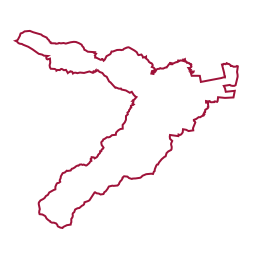 the district of Gurghiu, Mures, Romania, rotated 179°
{"feature_id": "2599482B77375786241858", "entity_name": "Gurghiu", "entity_type": "district", "adm_level": 2, "iso_a3": "ROU", "parent_name": "Romania", "parent_adm1": "Mures", "projection": "natural_earth1", "projection_center": [24.887, 46.798], "detail": "fine", "context": "isolated", "style": "outline", "palette": "rose", "viewbox_px": 256, "rotation_deg": 179, "n_neighbors": 0, "source": "geoboundaries", "source_scale": "gbopen_adm2", "svg_char_len": 5867}
<svg xmlns="http://www.w3.org/2000/svg" viewBox="0 0 256 256"><g transform="rotate(179 128 128)"><path d="M238.9,217.1L237.3,216.3L236.7,215.4L235.7,214.6L234.4,214.1L232.7,213.9L231.2,213.0L226.4,211.0L222.1,208.3L215.9,203.7L212.6,202.9L210.8,201.8L206.9,201.4L208.3,200.6L208.5,199.9L208.3,198.8L207.9,198.3L207.3,198.0L204.8,198.7L204.6,194.6L205.3,192.1L205.0,190.0L204.2,188.6L200.2,188.3L198.6,187.3L198.5,186.6L197.3,187.3L195.2,187.1L194.2,188.0L193.2,188.2L191.0,186.9L189.0,187.2L187.2,184.0L186.6,184.6L184.9,185.2L184.6,185.7L182.9,185.2L182.1,183.5L181.5,184.1L179.2,184.2L177.7,183.7L175.1,184.3L171.0,183.8L165.6,185.2L162.5,183.9L161.7,185.0L161.2,184.2L159.2,186.2L159.1,185.2L157.2,186.3L155.5,184.6L152.7,183.5L150.7,180.8L148.4,179.6L146.1,174.9L144.7,173.9L140.0,168.5L139.6,168.8L136.4,167.5L134.3,167.5L133.9,166.6L129.5,165.6L125.6,163.2L123.6,164.1L121.7,161.0L119.9,159.2L119.0,158.8L121.3,156.2L122.4,155.8L122.8,155.3L122.2,155.4L122.1,154.0L123.0,152.4L121.8,151.5L122.6,150.9L124.2,150.5L124.7,150.1L124.7,149.2L124.4,148.4L125.3,147.9L125.8,146.6L126.6,145.9L126.7,144.7L128.3,143.4L127.9,141.7L129.8,140.0L129.9,136.3L131.1,133.7L133.3,131.2L133.3,127.4L135.6,127.1L137.7,125.9L139.7,124.0L140.1,123.1L140.3,121.4L144.1,121.1L146.2,119.4L147.6,119.0L149.1,119.2L151.6,117.5L152.9,117.0L153.5,115.6L154.6,114.8L155.0,113.8L154.6,111.5L152.8,108.8L153.3,107.8L154.3,107.2L154.9,106.4L155.0,105.4L155.5,105.0L156.2,105.2L156.6,103.3L158.3,101.8L158.5,101.0L159.7,99.4L161.3,98.5L161.8,98.7L162.0,98.4L162.7,99.2L164.9,99.5L165.2,98.1L165.8,97.8L165.8,96.8L165.4,96.5L165.6,96.1L165.3,95.7L166.5,94.9L167.3,93.6L169.8,91.5L170.6,91.2L172.9,92.2L174.1,91.9L175.3,92.4L177.1,92.2L178.1,91.2L179.2,91.3L181.1,90.3L181.6,89.7L183.7,88.5L184.9,88.2L186.1,86.5L189.2,86.1L189.9,86.4L192.0,84.6L194.1,84.0L196.0,80.8L196.2,79.1L197.2,77.0L196.7,75.4L198.1,74.4L199.7,74.1L200.4,73.3L201.6,70.6L201.7,67.9L203.4,67.3L207.9,64.9L209.2,62.6L211.4,61.3L212.4,59.7L213.8,58.6L216.8,57.1L218.4,55.1L218.6,53.7L217.6,48.4L218.1,46.8L218.3,45.0L217.9,43.4L215.1,43.0L212.8,41.7L212.1,41.1L211.0,38.9L208.9,37.0L207.6,36.3L207.3,35.5L205.7,34.7L203.6,34.6L201.5,33.8L200.4,32.4L199.9,30.9L197.4,29.6L195.2,29.2L194.4,30.2L190.8,31.9L187.0,32.4L186.8,33.6L186.3,34.9L186.3,38.0L185.1,39.7L184.7,41.2L184.9,42.9L184.5,43.8L183.2,44.9L182.3,47.4L180.0,48.6L178.0,48.9L175.5,51.0L173.9,51.8L173.2,52.7L172.8,54.5L169.3,55.6L167.8,56.4L162.5,64.2L162.0,64.3L160.6,63.3L158.2,62.9L156.6,62.0L153.7,62.4L152.7,64.3L151.4,65.1L149.5,67.5L148.2,69.8L144.8,70.6L143.3,70.4L139.4,70.7L138.0,72.1L137.6,73.3L136.5,75.0L135.6,75.7L134.2,78.0L134.3,78.5L132.8,79.8L129.4,79.4L127.8,77.9L125.0,77.0L124.0,77.4L121.6,77.4L116.8,78.0L115.8,78.5L114.3,80.0L110.6,81.5L105.5,81.9L103.8,81.6L102.9,83.9L102.1,84.5L101.9,86.3L100.3,90.1L99.5,91.0L98.6,91.0L97.6,93.0L94.9,96.2L92.1,98.5L90.9,99.0L89.9,102.2L88.1,103.9L85.3,105.3L84.8,106.2L84.6,108.3L85.2,110.7L85.1,111.9L84.0,114.3L86.2,116.5L86.4,118.6L86.1,120.3L77.8,119.0L77.6,120.6L76.3,120.1L75.9,120.2L74.9,120.7L73.4,122.6L73.0,125.8L69.9,125.2L67.5,123.9L62.8,124.5L63.0,126.7L60.6,132.4L61.0,133.2L62.0,134.1L62.0,135.0L59.5,135.9L57.2,137.6L55.7,137.5L53.7,138.7L52.2,139.1L51.6,140.0L52.5,140.1L50.9,143.2L50.6,143.0L50.4,144.9L47.9,146.3L47.8,147.7L47.3,147.8L47.6,150.5L47.4,151.9L49.5,152.0L49.5,153.6L47.6,153.2L45.9,153.5L45.2,152.5L44.4,152.3L41.3,152.4L41.1,153.0L40.7,153.1L38.4,152.6L37.9,153.4L37.4,157.2L30.5,156.4L22.0,156.7L20.6,163.3L29.6,162.5L30.3,165.9L31.5,168.4L25.4,169.3L24.6,168.7L22.9,168.3L21.0,168.3L19.7,168.9L17.5,177.3L17.5,179.2L18.0,182.2L17.1,187.7L18.0,188.1L19.0,187.5L21.3,187.4L22.8,188.2L24.1,188.2L24.3,189.0L26.1,190.3L27.8,190.4L27.8,190.9L28.3,191.1L28.6,190.6L29.5,190.1L30.9,190.5L32.0,190.1L32.0,189.7L32.9,189.7L30.9,181.3L30.7,179.2L30.1,178.1L30.2,176.9L31.4,177.0L34.0,176.3L54.3,172.8L55.3,178.9L63.4,179.1L63.9,180.8L63.8,181.2L64.1,181.5L64.2,182.0L63.9,182.1L64.1,182.3L62.5,182.1L61.6,182.7L61.4,183.3L62.6,183.2L62.4,183.9L62.7,183.6L64.6,183.6L64.4,184.1L65.0,184.5L64.5,185.1L65.6,185.3L66.5,186.9L64.9,186.8L64.5,187.5L63.7,187.9L63.5,188.6L63.9,189.3L63.7,190.0L64.1,190.1L64.1,190.9L65.0,190.9L65.5,191.7L66.1,191.6L67.2,192.4L67.8,192.1L68.4,193.0L69.3,193.3L69.2,193.8L69.8,194.0L70.0,194.5L69.8,194.7L69.9,195.8L70.6,195.4L71.5,195.4L71.1,194.4L71.2,194.0L74.0,194.7L75.5,194.1L76.0,194.6L76.7,194.6L76.8,193.4L78.0,192.9L78.5,193.1L81.7,191.7L82.7,191.9L82.7,191.0L83.7,191.0L84.4,192.3L84.7,192.3L84.6,191.8L85.3,191.1L85.9,191.1L87.7,188.6L88.2,188.4L88.3,187.9L89.8,187.7L91.8,186.8L93.9,186.9L94.8,187.3L95.5,186.7L97.4,186.5L99.2,185.6L99.4,185.2L99.1,184.8L99.6,184.1L100.1,184.3L100.0,183.7L100.4,183.2L101.4,183.1L101.6,181.6L103.7,182.0L103.0,184.5L101.5,184.8L99.7,186.0L101.3,187.9L103.1,188.6L102.2,190.2L102.4,191.1L103.4,192.4L104.5,192.6L105.2,193.4L106.0,193.8L106.6,195.3L109.1,197.5L109.3,197.9L108.7,198.3L108.7,199.0L109.7,198.3L109.9,198.6L111.8,198.2L112.1,199.5L113.3,201.2L116.1,200.7L116.7,201.1L117.9,203.6L120.1,205.3L125.3,208.4L126.3,208.7L127.8,208.4L130.7,207.2L131.6,206.3L133.5,206.0L134.5,206.3L137.6,206.2L141.9,204.7L143.1,204.8L144.1,202.6L144.7,202.0L148.2,200.2L150.0,196.8L151.2,195.7L152.3,197.4L152.9,197.4L153.2,196.8L154.3,196.7L158.4,198.8L159.6,199.0L159.4,200.2L159.9,201.0L158.6,202.9L160.5,203.7L160.0,204.4L166.9,205.0L169.1,206.5L170.2,206.9L171.0,209.3L172.3,210.7L172.9,212.1L175.6,213.7L178.5,214.9L180.7,215.1L183.9,214.7L188.7,213.5L190.9,214.1L193.6,213.8L195.5,214.2L196.5,213.7L198.6,213.5L199.2,213.9L203.3,214.1L203.9,214.5L203.8,215.1L204.9,215.8L205.4,217.0L207.0,218.6L207.7,219.8L211.9,221.8L213.0,222.9L221.1,225.4L224.4,226.8L229.7,226.4L231.8,225.0L233.7,224.4L234.3,222.9L234.4,222.2L236.5,218.4L237.1,217.7L238.9,217.1Z" fill="none" stroke="#9f1239" stroke-width="2"/></g></svg>